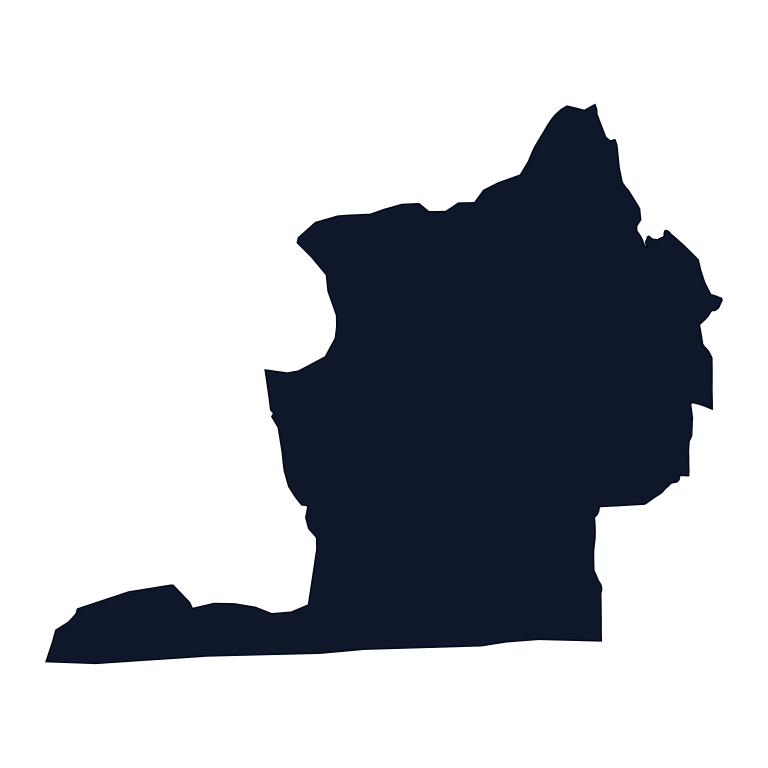 outline of Ojo, Lagos, Nigeria
{"feature_id": "59680162B67711641000031", "entity_name": "Ojo", "entity_type": "district", "adm_level": 2, "iso_a3": "NGA", "parent_name": "Nigeria", "parent_adm1": "Lagos", "projection": "equal_earth", "projection_center": [3.188, 6.464], "detail": "fine", "context": "isolated", "style": "filled", "palette": "ink", "viewbox_px": 768, "rotation_deg": 0, "n_neighbors": 0, "source": "geoboundaries", "source_scale": "gbopen_adm2", "svg_char_len": 3293}
<svg xmlns="http://www.w3.org/2000/svg" viewBox="0 0 768 768"><path d="M298.5,237.7L297.3,242.7L311.8,257.2L326.4,274.8L328.1,291.2L336.6,315.3L336.8,326.5L335.4,338.2L325.3,356.9L298.5,371.1L287.4,373.1L265.2,370.0L269.1,396.8L270.7,409.7L273.9,413.5L271.8,416.5L278.3,427.5L282.3,452.4L283.2,461.9L284.3,470.5L288.7,486.4L295.4,496.9L301.7,504.9L305.3,505.1L308.0,506.1L305.8,517.5L308.7,528.5L316.6,537.5L316.9,549.0L312.1,581.1L308.5,604.9L291.3,612.2L271.6,613.8L255.5,607.4L234.6,603.9L214.1,603.5L192.3,608.6L189.7,602.7L173.1,585.3L170.9,585.2L128.6,592.0L77.5,609.0L76.0,614.1L68.7,622.0L55.8,630.3L52.8,641.4L46.1,661.6L95.7,663.4L205.8,656.0L321.1,653.1L363.7,649.2L481.5,645.7L506.1,641.8L538.4,639.3L601.3,640.9L601.1,633.4L601.1,619.4L601.0,614.3L600.9,602.5L600.7,593.6L600.7,593.4L601.0,592.3L601.4,591.0L601.6,588.2L601.1,585.6L599.9,583.1L598.6,581.4L597.2,578.2L596.0,575.1L593.9,570.8L593.7,568.6L593.7,564.9L593.5,558.8L593.6,550.0L594.2,544.9L594.9,538.9L595.1,532.1L594.9,524.4L594.3,517.2L595.6,516.1L597.5,513.9L598.4,511.6L599.0,509.3L599.0,506.7L603.7,506.3L619.0,505.6L631.7,504.8L639.1,504.4L644.6,504.1L645.8,503.5L651.6,499.3L656.6,495.9L660.5,493.5L662.2,492.1L664.6,489.3L666.4,487.5L668.4,486.0L669.6,484.4L671.5,483.0L674.3,482.3L676.2,482.1L677.1,481.7L678.5,480.4L679.1,479.1L679.8,475.5L679.8,475.3L683.6,475.5L688.6,475.7L688.8,470.3L688.6,462.9L688.6,457.9L688.4,451.4L689.0,441.6L689.0,441.4L690.3,438.6L691.4,436.3L691.8,433.7L691.7,432.9L692.0,427.0L692.1,421.2L692.5,418.6L692.0,415.1L691.2,408.4L691.1,408.2L690.7,405.6L690.6,405.3L690.7,404.5L690.8,404.3L691.6,402.4L694.4,402.9L699.5,404.2L705.5,406.3L712.2,409.1L712.2,408.9L712.2,403.6L711.9,389.5L712.0,373.2L711.9,363.8L711.8,357.7L708.9,352.1L706.5,348.9L704.3,346.8L702.8,344.6L702.5,343.6L701.6,337.7L700.3,329.9L699.3,324.6L699.5,324.4L701.4,322.7L705.4,319.0L707.9,316.3L710.1,312.7L711.0,311.3L712.2,310.4L714.3,310.5L715.2,310.3L718.5,307.8L720.3,303.8L721.9,300.6L721.9,300.2L721.9,299.4L721.3,298.2L721.2,298.2L720.3,298.0L716.3,296.3L710.7,294.6L705.1,283.5L703.7,279.9L700.6,270.2L698.2,259.9L692.9,254.5L685.1,246.8L681.5,243.5L673.6,236.4L671.2,234.6L669.4,232.4L667.5,230.9L667.4,230.8L666.5,230.6L665.1,230.6L664.5,232.2L664.4,232.4L664.1,235.8L664.1,236.3L663.2,237.2L661.4,237.8L658.8,239.1L658.1,239.8L656.8,239.7L655.0,239.5L653.8,239.7L651.6,238.5L651.0,238.4L650.9,238.4L649.4,236.4L648.5,236.4L647.5,237.0L647.2,238.4L646.7,240.0L645.9,241.2L645.9,241.3L645.7,243.0L646.9,245.3L648.0,246.7L647.3,246.9L645.3,246.3L644.2,244.9L642.6,240.7L641.1,237.3L639.0,234.1L636.7,230.8L636.6,226.0L640.7,219.6L639.9,212.7L639.6,208.9L637.0,204.3L633.6,198.8L629.2,191.9L628.6,190.7L625.7,187.5L622.2,182.6L622.4,182.3L621.9,181.5L621.0,176.9L619.1,167.7L618.5,161.6L617.5,151.5L616.8,145.1L615.0,139.8L614.1,139.8L610.7,141.1L610.2,140.9L605.7,137.3L596.8,114.1L596.6,109.2L594.9,104.6L584.4,110.5L578.5,108.9L567.0,106.1L561.3,109.5L555.3,114.9L551.9,119.0L548.2,124.5L535.0,146.6L533.3,150.0L528.2,162.0L520.3,175.1L498.1,183.0L483.6,190.4L474.6,202.8L458.5,203.1L446.6,211.0L445.7,211.6L428.8,211.8L419.0,203.7L401.8,204.5L384.4,209.4L375.4,212.6L369.9,214.5L367.4,214.5L349.6,215.3L337.9,216.1L315.6,222.5L298.5,237.7Z" fill="#0f172a" stroke="#020617" stroke-width="1.5"/></svg>